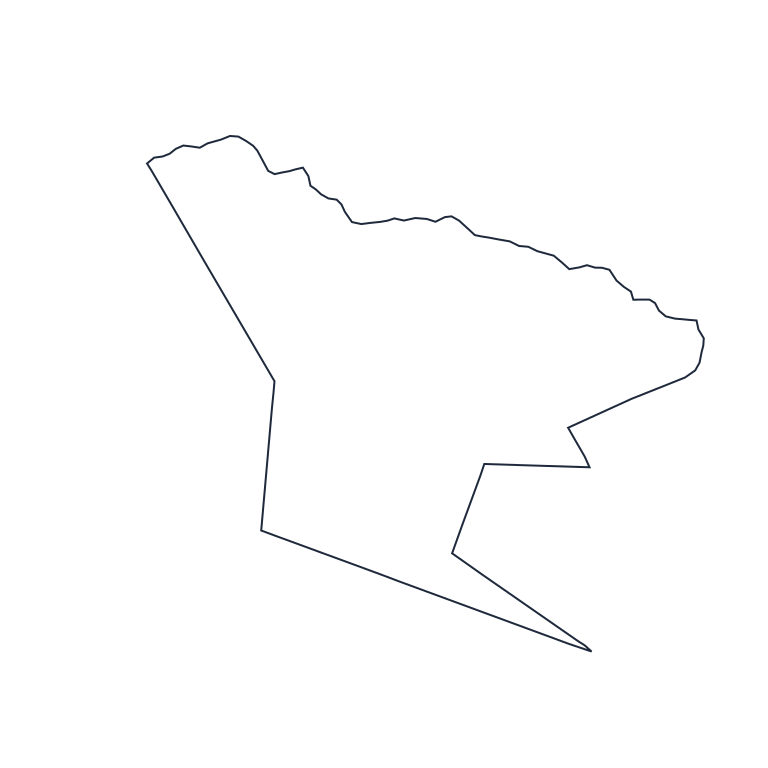 outline of Antas, Bahia, Brazil, rotated 198°
{"feature_id": "56859067B87262199303624", "entity_name": "Antas", "entity_type": "district", "adm_level": 2, "iso_a3": "BRA", "parent_name": "Brazil", "parent_adm1": "Bahia", "projection": "albers", "projection_center": [-38.294, -10.395], "detail": "fine", "context": "isolated", "style": "outline", "palette": "slate", "viewbox_px": 768, "rotation_deg": 198, "n_neighbors": 0, "source": "geoboundaries", "source_scale": "gbopen_adm2", "svg_char_len": 1456}
<svg xmlns="http://www.w3.org/2000/svg" viewBox="0 0 768 768"><g transform="rotate(198 384 384)"><path d="M677.5,520.5L670.6,514.7L657.8,503.3L640.3,487.7L593.3,445.6L541.7,399.7L489.0,352.8L486.4,341.6L483.2,326.8L455.5,206.7L438.4,206.0L329.1,201.9L308.1,200.9L128.4,194.0L103.9,193.7L112.5,197.5L120.3,199.5L232.4,233.3L266.9,244.0L266.0,274.4L264.0,327.6L263.9,338.9L162.8,368.3L170.6,376.9L185.5,390.3L195.4,399.3L144.1,446.3L99.6,483.3L92.2,493.2L90.5,501.8L91.8,512.6L92.2,519.2L94.0,526.3L101.8,533.0L106.4,541.0L112.6,539.5L119.8,537.9L127.4,536.1L137.0,535.4L145.2,538.8L151.2,544.7L157.5,546.3L165.1,543.9L172.9,541.2L177.7,548.2L185.9,550.5L194.8,554.2L204.9,562.3L212.7,561.9L219.2,559.9L227.7,559.7L234.2,555.3L243.3,550.5L252.0,554.4L262.2,558.5L270.8,558.1L279.3,557.7L289.2,559.1L298.2,557.0L308.5,558.5L320.3,556.8L329.1,555.7L337.3,554.4L343.7,553.7L352.3,557.7L363.1,562.6L371.6,564.3L377.7,561.5L385.2,554.2L394.3,554.2L405.6,551.5L415.6,545.6L425.3,544.7L431.0,540.5L437.7,537.0L447.2,532.8L455.0,529.1L464.5,528.1L474.5,535.7L479.9,541.6L486.0,544.7L494.2,543.3L502.6,545.0L509.0,548.0L515.2,549.8L520.2,558.4L528.0,564.7L534.8,560.6L539.9,557.1L546.4,553.6L552.9,549.8L560.0,550.9L567.8,558.4L576.6,566.8L582.0,570.1L590.2,572.5L598.9,574.3L607.1,572.3L614.5,566.1L626.1,558.4L632.2,551.8L640.0,550.5L648.5,548.8L654.6,543.4L659.0,536.8L664.8,532.0L672.6,528.2L677.5,520.5Z" fill="none" stroke="#1e293b" stroke-width="2"/></g></svg>